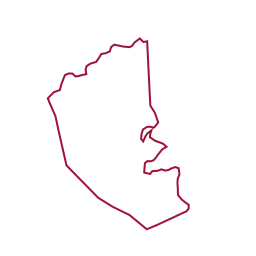 Francisco Dantas, Rio Grande do Norte, Brazil (Robinson projection), rotated 21°
{"feature_id": "56859067B20316816655546", "entity_name": "Francisco Dantas", "entity_type": "district", "adm_level": 2, "iso_a3": "BRA", "parent_name": "Brazil", "parent_adm1": "Rio Grande do Norte", "projection": "robinson", "projection_center": [-38.095, -6.042], "detail": "fine", "context": "isolated", "style": "outline", "palette": "rose", "viewbox_px": 256, "rotation_deg": 21, "n_neighbors": 0, "source": "geoboundaries", "source_scale": "gbopen_adm2", "svg_char_len": 1215}
<svg xmlns="http://www.w3.org/2000/svg" viewBox="0 0 256 256"><g transform="rotate(21 128 128)"><path d="M140.9,99.2L139.6,96.3L136.5,89.4L114.8,40.2L111.6,42.2L106.9,40.2L103.3,46.1L102.5,49.6L100.6,51.9L94.3,53.7L85.3,55.1L83.2,58.6L83.6,63.0L80.2,66.3L76.5,68.5L75.8,73.0L74.5,77.8L69.9,81.3L67.2,85.0L67.6,88.9L69.8,92.7L66.8,94.5L63.1,97.3L60.6,98.7L56.7,97.1L53.0,98.4L50.2,101.2L50.1,105.3L50.1,110.9L50.8,116.9L45.9,121.2L42.5,129.0L45.0,131.8L56.0,142.9L63.8,154.9L84.0,185.0L125.1,203.8L142.3,207.1L160.6,208.7L181.8,215.8L190.2,207.8L212.5,184.7L213.5,181.5L212.3,178.1L207.9,176.8L204.0,175.6L198.9,172.8L197.4,169.7L196.3,166.8L193.9,161.7L192.6,157.5L192.7,152.9L189.7,147.4L186.0,147.6L183.1,150.1L180.6,152.9L177.9,154.4L173.9,154.7L171.1,157.3L166.2,159.5L165.1,163.0L159.1,163.8L158.1,160.6L156.4,154.7L158.0,151.9L160.9,151.1L163.5,148.9L164.6,145.8L165.4,142.6L167.6,135.7L170.7,131.7L166.3,130.1L163.4,130.1L157.8,130.2L151.7,128.7L150.9,125.4L150.7,121.9L148.0,126.2L147.3,129.2L147.0,135.1L144.1,133.4L142.9,129.2L142.5,124.1L145.3,120.2L148.2,118.9L152.0,118.4L153.3,115.3L154.2,112.0L151.9,109.3L149.8,106.6L147.4,104.0L140.9,99.2Z" fill="none" stroke="#9f1239" stroke-width="2"/></g></svg>